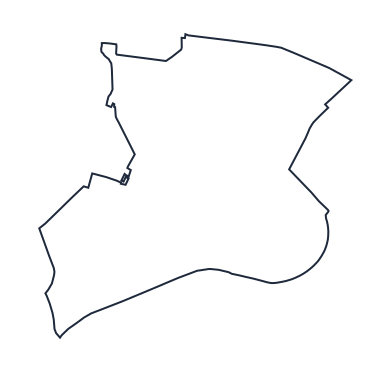 the district of Al Azbakiyya, Al Qahirah, Egypt, rotated 185°
{"feature_id": "37247803B6267278220516", "entity_name": "Al Azbakiyya", "entity_type": "district", "adm_level": 2, "iso_a3": "EGY", "parent_name": "Egypt", "parent_adm1": "Al Qahirah", "projection": "albers", "projection_center": [31.246, 30.06], "detail": "fine", "context": "isolated", "style": "outline", "palette": "slate", "viewbox_px": 384, "rotation_deg": 185, "n_neighbors": 0, "source": "geoboundaries", "source_scale": "gbopen_adm2", "svg_char_len": 2839}
<svg xmlns="http://www.w3.org/2000/svg" viewBox="0 0 384 384"><g transform="rotate(185 192 192)"><path d="M212.3,348.6L212.3,347.5L212.5,344.7L213.5,344.7L215.8,344.7L214.8,335.1L215.0,333.9L215.3,332.8L223.6,325.0L229.4,320.2L230.3,320.3L231.2,320.3L247.0,321.0L276.5,322.2L278.9,322.3L279.7,323.4L279.9,330.4L280.1,331.4L280.3,332.5L286.8,332.8L288.9,332.8L291.1,332.8L294.8,332.5L294.6,330.1L294.7,328.8L294.8,328.3L295.0,326.7L294.4,323.7L292.5,322.1L291.5,320.7L290.3,319.7L288.8,318.6L286.6,317.2L285.0,314.9L284.4,314.1L283.7,313.3L283.0,310.0L282.7,308.1L282.6,307.8L282.3,305.4L280.1,287.2L281.7,282.5L282.8,280.9L283.5,279.8L284.2,275.7L284.5,273.4L284.8,271.1L280.0,269.6L279.4,271.0L278.5,273.4L277.1,272.8L277.0,270.0L276.0,269.8L274.6,261.0L274.5,260.5L273.9,259.3L273.3,258.2L270.9,254.6L258.4,234.4L252.3,224.5L258.1,211.7L258.5,210.3L256.7,209.4L254.9,208.5L256.4,202.0L258.1,202.6L258.9,202.8L260.7,204.1L263.3,197.3L261.1,196.4L259.3,201.1L258.5,200.8L256.4,199.9L258.8,193.4L263.6,194.0L263.5,195.1L267.9,196.7L278.4,199.3L280.1,199.6L281.9,199.9L293.0,201.8L295.7,187.2L300.4,188.2L311.6,175.5L322.3,163.0L335.5,147.7L341.0,142.5L328.7,115.8L323.1,104.3L322.1,100.7L322.1,98.8L322.2,96.9L323.6,88.6L326.7,82.1L328.0,80.1L329.2,78.3L327.7,75.9L324.0,68.4L320.4,59.3L318.6,52.8L317.0,43.4L316.0,41.5L315.1,39.6L310.8,35.4L310.2,36.5L309.3,38.0L303.2,45.0L295.8,51.2L288.4,57.7L281.8,62.3L252.1,76.9L229.3,88.8L198.5,105.1L190.6,108.9L180.0,114.0L175.2,115.1L173.5,115.6L172.3,115.8L169.3,116.6L167.9,116.8L166.6,116.9L158.6,116.8L148.4,115.3L146.3,114.4L144.9,113.9L143.7,113.8L137.8,113.1L131.0,112.1L123.5,111.1L113.6,109.4L111.4,109.0L109.2,108.6L105.4,108.2L102.6,108.4L99.5,109.0L94.0,110.5L92.8,110.9L91.7,111.2L90.7,111.5L89.7,111.9L88.7,112.3L87.7,112.7L86.7,113.1L85.7,113.5L84.7,113.9L83.8,114.4L82.8,114.9L81.9,115.4L80.9,115.9L80.0,116.4L79.1,117.0L78.1,117.5L77.2,118.1L76.3,118.7L75.5,119.3L74.6,119.9L73.7,120.5L72.9,121.2L72.0,121.9L71.2,122.5L70.4,123.2L69.6,123.9L68.8,124.7L68.0,125.4L67.2,126.2L66.5,126.9L65.7,127.7L65.0,128.5L64.3,129.3L63.6,130.1L62.9,131.0L62.2,131.8L61.6,132.6L60.9,133.5L60.3,134.4L59.7,135.3L57.6,139.1L55.4,143.8L54.9,145.2L54.4,146.7L54.0,148.2L53.6,149.7L53.3,151.2L53.0,152.8L52.8,154.3L52.6,155.9L52.5,157.4L52.5,159.0L52.5,160.6L52.6,162.1L52.7,163.6L52.8,165.2L53.1,166.7L53.3,168.3L53.7,169.8L54.0,171.3L54.5,172.8L54.7,173.7L54.9,174.3L55.5,175.7L56.1,177.2L56.8,180.7L55.7,182.4L54.7,183.9L54.3,185.0L55.0,186.0L64.9,194.0L73.0,201.9L97.2,223.0L83.7,255.2L81.7,261.1L81.0,263.4L80.3,265.6L78.6,269.2L77.4,271.5L75.6,273.8L71.5,278.8L63.7,287.8L65.4,289.4L67.0,290.9L61.1,297.2L43.0,317.3L66.2,327.5L102.5,339.4L115.7,343.5L120.7,344.0L132.0,344.7L133.1,344.7L134.1,344.8L165.1,346.2L209.1,347.7L212.3,348.6Z" fill="none" stroke="#1e293b" stroke-width="2"/></g></svg>